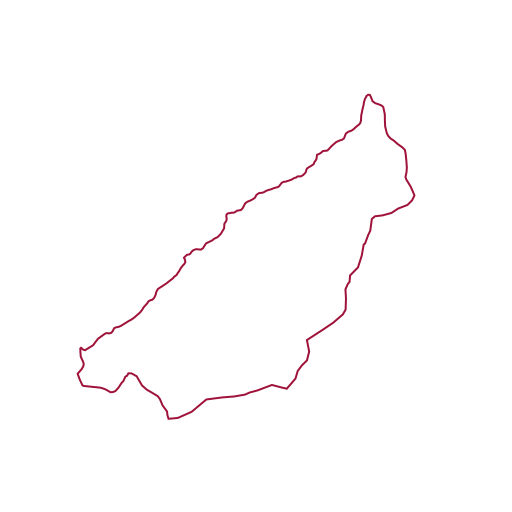 outline of Jamkhar, Tashi Yangtse, Bhutan, rotated 118°
{"feature_id": "84629894B22666501030765", "entity_name": "Jamkhar", "entity_type": "district", "adm_level": 2, "iso_a3": "BTN", "parent_name": "Bhutan", "parent_adm1": "Tashi Yangtse", "projection": "albers", "projection_center": [91.494, 27.408], "detail": "fine", "context": "isolated", "style": "outline", "palette": "rose", "viewbox_px": 512, "rotation_deg": 118, "n_neighbors": 0, "source": "geoboundaries", "source_scale": "gbopen_adm2", "svg_char_len": 3565}
<svg xmlns="http://www.w3.org/2000/svg" viewBox="0 0 512 512"><g transform="rotate(118 256 256)"><path d="M451.7,347.3L445.2,331.3L444.6,327.8L444.4,325.4L444.6,320.6L443.3,318.4L441.2,316.7L436.7,315.6L431.2,315.1L428.8,314.4L423.9,314.7L422.2,313.6L419.5,313.6L418.1,310.8L418.1,309.4L418.2,304.9L421.0,300.4L423.8,295.9L425.3,289.7L425.5,283.9L425.9,277.0L427.3,273.9L428.0,273.0L430.1,270.4L431.7,268.5L435.1,261.5L438.1,259.5L440.8,256.8L435.7,249.0L423.8,239.7L406.0,232.5L396.7,219.4L390.2,209.2L383.5,200.6L379.6,197.6L374.2,191.8L362.4,181.4L360.0,171.3L358.7,166.5L345.7,163.6L337.9,165.2L331.0,164.1L324.2,162.0L315.4,164.2L306.3,171.6L297.1,166.5L290.3,162.7L281.8,158.2L278.6,156.5L266.8,151.9L261.3,151.7L251.1,156.7L243.4,161.4L237.4,161.8L235.1,161.2L229.0,163.8L218.2,160.6L206.1,162.8L195.3,166.3L193.8,165.6L184.7,166.8L180.0,167.0L168.9,171.1L165.1,169.6L160.7,163.3L154.4,156.6L147.4,152.8L139.8,146.2L133.5,144.3L128.2,144.5L125.4,147.8L122.0,152.2L117.9,159.2L116.1,161.1L111.2,162.5L106.8,164.5L101.1,168.1L95.3,172.0L92.4,174.4L91.4,177.6L90.6,183.6L89.4,188.6L89.1,192.3L87.9,195.6L86.3,198.0L81.1,202.7L76.9,205.2L70.3,208.9L64.7,213.6L64.2,215.9L64.4,218.5L65.1,222.5L64.8,224.6L64.6,225.8L61.9,228.9L60.3,231.1L60.9,232.6L62.7,233.5L66.4,233.5L69.4,232.9L72.5,231.8L75.6,231.1L78.6,230.2L82.7,229.0L85.2,227.8L87.4,226.8L89.7,226.4L91.4,226.7L95.3,228.4L98.1,229.3L100.6,230.6L102.8,232.7L105.6,234.1L108.0,233.9L110.8,233.5L113.0,234.6L115.1,236.7L117.8,238.7L121.1,240.0L123.9,241.0L127.4,241.9L129.2,242.4L130.3,243.7L131.1,245.1L132.0,246.2L134.4,247.1L135.7,247.8L137.0,248.8L137.9,249.6L139.7,249.0L142.2,248.1L143.8,248.2L145.3,248.5L147.6,248.2L149.1,248.8L152.8,251.0L154.4,251.9L156.1,252.1L157.7,251.5L159.3,251.5L160.4,251.8L162.2,252.3L163.5,253.0L164.8,254.0L165.7,255.9L166.7,257.0L167.9,257.4L169.1,258.8L172.0,260.5L172.8,261.4L173.8,262.1L174.5,262.9L176.3,264.6L177.5,266.4L179.4,267.7L181.9,268.1L183.8,268.4L185.1,269.3L187.5,271.9L189.8,273.8L192.0,276.1L193.9,277.8L195.7,278.8L197.1,280.0L198.0,281.4L198.9,282.7L200.4,283.6L202.0,284.3L205.1,284.3L207.1,285.3L209.5,286.9L211.8,288.8L213.3,289.7L214.8,290.3L218.0,290.2L220.2,290.2L222.5,290.9L223.9,292.7L225.0,294.1L226.5,294.8L227.7,295.5L228.6,296.7L229.5,298.3L230.6,299.4L231.1,300.4L232.1,301.1L233.1,301.5L234.7,301.0L236.5,299.6L238.1,298.9L239.6,298.7L241.9,299.1L243.5,298.6L245.0,297.8L246.5,297.2L247.9,297.2L251.1,297.4L252.6,297.4L254.7,298.0L256.2,298.4L257.7,299.0L258.9,299.9L260.2,300.9L262.8,302.0L268.3,306.0L272.4,306.4L273.8,306.4L276.2,307.6L278.1,312.1L280.3,314.1L282.7,314.9L284.8,315.1L285.9,315.7L287.5,317.6L291.3,318.8L292.9,316.7L294.7,315.5L297.0,315.6L298.4,316.1L301.9,316.7L305.7,316.8L308.5,317.2L310.0,317.2L313.2,318.7L314.3,318.7L320.3,321.4L321.8,322.0L326.8,324.7L330.9,327.0L332.5,327.2L335.1,327.1L337.0,326.5L339.1,326.3L341.0,326.3L342.4,326.7L343.6,327.2L344.4,328.3L346.6,329.7L348.8,329.8L352.3,330.7L354.0,331.1L357.3,331.3L360.4,331.9L361.7,332.4L367.3,334.5L370.4,336.0L372.9,337.7L375.7,339.3L378.4,340.9L381.0,342.4L383.4,344.3L384.5,345.9L386.2,347.3L390.0,347.3L391.7,347.7L393.1,349.0L393.9,350.9L394.4,352.0L395.6,352.9L403.1,356.6L404.8,356.9L406.4,357.2L408.2,357.5L409.9,357.7L411.4,358.0L414.8,360.0L417.8,361.8L419.4,362.6L419.8,364.5L419.2,367.4L420.3,367.7L422.0,366.6L423.1,366.1L424.8,364.9L426.7,363.8L427.6,362.9L430.1,359.6L431.8,357.7L433.1,357.1L434.5,356.7L436.4,356.8L437.7,356.8L443.7,358.2L447.7,353.8L451.6,348.6L451.7,347.3Z" fill="none" stroke="#9f1239" stroke-width="2"/></g></svg>